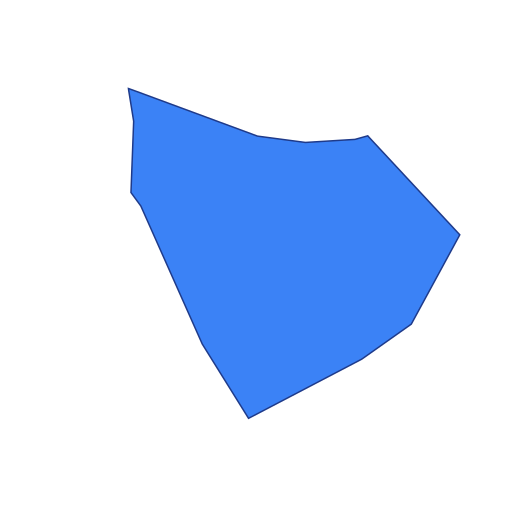 SVG path tracing the border of Žetale, rotated 202°
{"feature_id": "SVN-231", "entity_name": "Žetale", "entity_type": "Municipality", "adm_level": 1, "iso_a3": "SVN", "parent_name": "Slovenia", "parent_adm1": "", "projection": "orthographic", "projection_center": [15.829, 46.285], "detail": "fine", "context": "isolated", "style": "filled", "palette": "blue", "viewbox_px": 512, "rotation_deg": 202, "n_neighbors": 0, "source": "natural_earth", "source_scale": "10m", "svg_char_len": 373}
<svg xmlns="http://www.w3.org/2000/svg" viewBox="0 0 512 512"><g transform="rotate(202 256 256)"><path d="M437.0,363.5L432.4,363.7L299.6,367.7L252.7,379.8L207.9,401.2L197.4,409.3L195.6,408.4L75.0,352.0L86.5,251.0L119.3,200.0L202.1,102.7L272.8,154.2L381.5,259.2L395.7,268.0L419.9,335.1L436.4,362.4L437.0,363.5Z" fill="#3b82f6" stroke="#1e3a8a" stroke-width="1.5"/></g></svg>